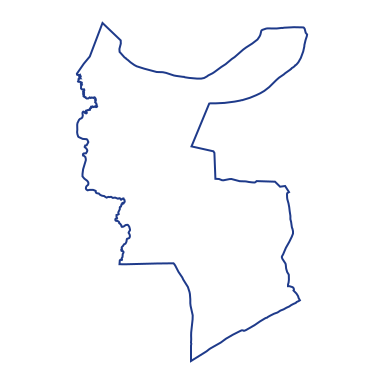 Bilene, Gaza, Mozambique (Mercator projection)
{"feature_id": "85939544B43586850524471", "entity_name": "Bilene", "entity_type": "district", "adm_level": 2, "iso_a3": "MOZ", "parent_name": "Mozambique", "parent_adm1": "Gaza", "projection": "mercator", "projection_center": [33.116, -25.072], "detail": "fine", "context": "isolated", "style": "outline", "palette": "blue", "viewbox_px": 384, "rotation_deg": 0, "n_neighbors": 0, "source": "geoboundaries", "source_scale": "gbopen_adm2", "svg_char_len": 5773}
<svg xmlns="http://www.w3.org/2000/svg" viewBox="0 0 384 384"><path d="M307.1,34.5L305.7,32.8L304.7,28.9L303.9,27.7L303.2,27.4L294.0,27.2L284.2,27.7L282.4,28.0L281.9,27.9L276.5,28.5L267.5,28.4L266.1,28.6L262.3,29.9L261.5,30.5L261.2,31.2L260.4,34.6L259.6,36.4L257.5,39.5L252.3,43.5L246.2,47.4L243.2,49.6L234.6,57.1L231.8,59.0L225.6,64.2L221.4,66.9L214.2,72.2L212.5,73.3L208.3,75.4L207.0,76.4L204.1,78.0L201.2,78.6L197.1,78.6L189.0,77.9L185.1,77.3L184.4,77.1L183.9,76.8L183.4,76.9L176.2,75.9L174.0,75.5L166.1,72.9L162.8,72.2L156.7,72.0L144.3,68.7L136.7,66.3L134.3,65.0L130.6,62.4L127.4,59.6L126.5,59.1L125.8,58.2L124.6,57.5L119.6,51.9L119.4,49.0L120.8,43.6L120.7,40.4L102.5,23.0L89.8,56.5L83.8,63.7L76.9,73.7L77.0,74.4L77.3,74.9L79.7,75.0L80.0,74.8L80.2,75.3L80.4,75.6L80.3,76.2L80.7,76.5L80.6,76.8L80.2,76.6L79.9,76.8L79.3,76.4L79.2,76.6L79.6,77.1L79.6,77.5L80.3,78.3L79.8,78.3L79.5,78.6L79.0,78.5L78.8,79.0L78.5,79.2L78.7,79.6L78.4,80.8L78.0,81.4L78.2,81.7L79.1,81.9L79.5,81.8L80.3,81.9L81.8,82.6L81.9,82.8L81.9,83.0L80.9,83.6L80.8,84.0L81.0,84.4L81.7,84.6L81.9,84.8L81.0,85.8L81.1,86.7L81.0,88.2L81.1,88.6L81.5,88.8L81.9,89.3L82.5,89.6L84.0,89.3L84.2,89.7L84.3,90.2L84.0,91.1L83.7,91.5L83.1,91.7L83.0,91.9L83.3,92.6L84.0,92.6L84.1,93.0L83.9,93.4L83.1,94.0L83.3,94.4L84.0,94.6L84.1,94.9L84.1,95.2L83.6,95.6L83.4,96.0L83.6,96.3L84.1,96.5L84.5,97.1L85.5,97.1L85.9,98.0L86.7,98.5L88.4,98.4L89.7,97.4L90.7,98.0L91.1,97.9L91.4,97.5L91.9,97.5L93.4,98.0L93.7,97.9L94.2,97.3L94.7,97.4L95.6,98.6L95.6,99.0L95.2,99.6L95.6,99.8L95.3,100.3L95.8,100.8L95.1,102.1L95.6,102.8L96.3,103.4L96.4,104.4L96.7,104.8L96.6,105.8L97.1,106.3L96.7,107.0L96.3,107.1L95.9,107.1L95.6,106.9L95.4,106.3L95.2,106.2L94.7,106.7L93.8,107.1L93.0,106.9L92.7,106.4L92.2,106.4L91.5,106.8L91.1,106.8L91.1,107.1L91.5,107.6L90.9,108.2L89.9,108.4L89.7,108.9L90.0,109.4L89.9,109.9L89.3,109.9L88.8,110.1L87.9,110.0L87.2,110.4L86.2,110.5L85.9,110.8L85.6,112.1L86.7,112.4L86.8,112.7L86.7,113.1L86.2,113.4L85.2,113.1L83.9,111.8L83.3,111.6L82.7,112.2L82.5,112.8L82.5,113.6L82.8,115.6L82.3,117.4L81.6,118.2L80.0,118.9L79.0,119.9L77.5,123.0L77.2,124.7L77.3,129.9L77.1,132.1L77.4,134.2L78.2,136.6L78.8,137.1L82.7,138.9L86.7,139.2L87.4,139.9L88.3,141.9L88.3,142.2L86.6,145.3L85.2,145.5L85.1,145.9L84.7,146.6L84.7,147.1L86.0,148.2L86.8,149.2L87.3,150.3L87.1,151.5L86.0,153.3L83.9,153.4L83.2,153.8L82.9,154.9L83.1,155.5L83.6,155.5L85.4,157.1L85.8,159.0L85.8,160.3L83.1,169.3L82.5,174.0L82.5,176.4L84.3,178.6L87.2,180.8L88.2,182.2L88.4,183.3L88.2,184.7L86.6,186.1L86.0,187.2L85.9,188.5L86.1,189.1L86.6,189.7L87.6,190.3L89.5,189.9L92.0,189.9L93.1,189.9L94.0,190.2L95.7,190.9L95.8,191.3L95.7,191.8L95.9,192.5L96.4,193.0L97.2,193.3L98.8,193.5L100.2,194.9L102.0,195.7L104.3,196.1L105.0,196.7L106.6,197.6L108.3,196.9L109.7,197.1L110.5,196.9L111.2,196.9L112.8,197.9L115.1,197.6L118.0,198.7L119.2,198.2L119.9,198.3L120.9,199.7L121.3,199.7L122.2,198.8L123.3,198.4L123.6,198.5L123.7,199.3L124.5,200.0L124.7,201.6L124.4,202.3L123.9,202.6L123.6,203.4L123.2,203.6L122.8,202.9L122.3,203.1L122.0,203.9L121.6,204.2L121.6,204.8L121.3,205.0L121.0,206.5L120.0,207.0L119.8,207.5L119.8,209.2L118.4,212.1L118.3,212.7L118.7,214.1L117.9,214.6L116.5,215.0L116.5,216.7L117.1,218.2L116.9,218.5L116.1,218.5L115.6,218.8L115.4,219.1L115.3,219.9L115.6,220.5L116.2,220.9L117.5,220.9L118.8,221.8L119.1,222.2L119.2,223.2L119.6,223.5L120.1,223.7L121.4,225.5L121.5,226.4L121.8,226.8L122.8,226.8L123.8,226.4L124.7,225.8L125.2,225.3L125.9,225.0L127.5,224.8L127.8,224.9L128.4,225.5L129.3,226.9L130.0,229.5L130.0,230.2L128.9,232.0L128.6,232.8L129.6,234.5L129.8,235.3L129.9,236.2L129.7,237.2L129.3,237.9L128.7,238.3L127.1,238.8L126.8,239.3L126.5,241.4L126.1,242.5L125.4,243.7L123.9,244.4L123.2,245.7L122.1,246.8L121.7,247.4L121.7,248.2L122.1,249.2L121.9,249.5L121.3,249.7L121.4,250.7L121.6,250.9L122.9,251.1L123.5,251.9L123.5,252.5L122.7,254.2L122.5,257.0L121.8,258.1L121.7,258.7L122.0,259.7L121.8,260.0L120.4,259.8L119.8,260.4L119.5,264.2L124.7,264.3L156.4,263.5L173.5,263.3L174.4,264.3L175.3,265.7L178.5,271.9L182.3,277.5L183.2,279.5L187.9,287.0L189.5,292.0L189.9,294.0L190.3,299.3L190.3,303.3L190.6,305.9L192.7,315.3L192.6,319.3L191.2,332.3L191.1,335.5L191.2,339.4L191.0,342.9L191.3,343.7L191.0,345.6L191.0,361.0L206.6,351.3L209.5,349.0L211.3,347.9L220.7,342.6L226.0,338.7L232.9,334.7L240.8,330.7L241.9,330.3L243.0,330.4L243.8,330.8L244.5,330.7L246.1,330.0L254.8,325.0L260.0,321.4L265.0,318.4L265.7,318.0L267.0,317.7L267.8,317.0L270.5,315.5L274.1,313.7L277.5,312.5L280.4,310.6L283.7,309.3L286.5,307.7L289.2,306.5L291.2,305.1L293.5,303.9L295.8,302.9L296.6,302.0L298.6,301.1L299.9,300.3L298.6,298.0L298.1,296.2L297.0,294.4L296.4,293.5L293.5,290.5L293.9,289.8L293.9,289.1L293.3,287.7L292.4,287.1L289.5,286.2L288.0,286.2L288.0,284.6L288.6,282.4L288.9,279.8L288.8,275.0L288.7,274.5L287.2,272.1L286.4,269.5L286.1,268.3L285.8,265.0L285.5,263.6L282.3,258.7L281.8,257.0L282.1,256.1L283.1,254.4L285.9,247.8L289.2,242.0L291.8,236.7L293.0,233.6L293.0,231.2L292.4,228.6L292.0,227.8L291.8,226.8L291.1,221.9L290.4,219.2L290.4,215.9L289.7,211.3L289.2,207.1L288.5,203.4L287.3,199.1L287.1,197.4L287.0,194.0L287.3,193.1L289.0,192.1L285.1,186.0L280.1,186.7L275.0,181.7L256.6,181.1L255.4,182.2L254.6,182.5L252.4,182.4L249.0,182.0L245.8,181.4L239.7,181.2L231.4,179.0L229.5,179.1L223.4,180.3L222.0,180.2L219.0,179.0L215.4,178.8L214.4,152.9L213.4,151.3L191.5,146.4L209.2,103.6L210.5,103.3L216.4,103.3L224.6,102.9L234.7,101.6L240.5,100.5L241.3,100.2L242.1,100.2L249.9,97.8L256.2,95.2L260.2,93.3L264.3,90.9L269.2,87.1L276.4,80.0L279.0,77.7L283.7,74.5L285.2,73.2L290.3,69.6L290.6,69.2L291.0,69.1L291.8,68.1L293.2,67.3L294.8,66.0L295.0,65.5L296.3,64.7L298.3,62.4L300.8,58.0L303.2,51.5L304.3,46.5L304.4,45.0L305.6,39.9L306.8,36.3L307.1,34.5Z" fill="none" stroke="#1e3a8a" stroke-width="2"/></svg>